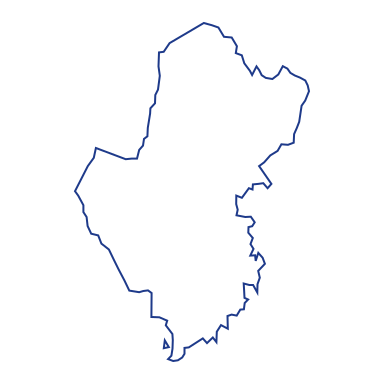 the district of Santo Antônio do Planalto, Rio Grande do Sul, Brazil
{"feature_id": "56859067B7641888126527", "entity_name": "Santo Antônio do Planalto", "entity_type": "district", "adm_level": 2, "iso_a3": "BRA", "parent_name": "Brazil", "parent_adm1": "Rio Grande do Sul", "projection": "equal_earth", "projection_center": [-52.67, -28.37], "detail": "fine", "context": "isolated", "style": "outline", "palette": "blue", "viewbox_px": 384, "rotation_deg": 0, "n_neighbors": 0, "source": "geoboundaries", "source_scale": "gbopen_adm2", "svg_char_len": 1836}
<svg xmlns="http://www.w3.org/2000/svg" viewBox="0 0 384 384"><path d="M75.0,191.2L78.2,195.6L83.4,205.2L83.4,212.1L86.6,217.0L87.6,226.0L91.2,233.7L98.2,235.4L101.4,243.6L108.9,249.5L114.1,260.3L118.5,269.2L124.5,280.6L129.3,290.6L139.2,292.2L143.3,291.0L148.0,290.4L151.6,293.0L151.4,317.0L159.4,317.3L167.2,320.7L165.8,325.3L172.4,334.0L172.8,340.2L172.5,348.7L171.4,355.7L168.1,359.1L173.2,361.0L177.9,360.3L182.2,357.5L184.5,353.8L184.5,347.9L188.8,347.4L202.8,338.4L207.0,343.1L212.8,337.5L216.4,342.1L216.8,331.7L221.0,325.1L227.8,328.7L227.5,316.0L231.6,314.6L236.7,315.6L240.3,309.6L243.9,309.3L244.7,303.0L248.1,299.5L244.5,297.9L244.1,290.1L243.7,283.5L249.3,285.0L253.1,285.0L257.3,292.5L257.5,284.2L259.8,277.7L258.2,270.9L264.9,263.8L262.6,257.7L258.3,252.9L255.7,260.9L255.1,255.3L250.3,255.6L253.5,248.9L250.5,244.1L252.8,238.0L248.3,232.7L248.5,227.1L252.2,226.2L254.7,222.3L250.8,216.7L245.3,217.0L236.5,215.3L237.7,209.7L236.2,204.1L236.3,195.6L241.9,197.8L248.9,188.2L252.5,189.5L252.9,184.4L258.2,183.9L263.3,183.2L267.6,188.2L271.4,183.9L259.1,166.1L264.2,162.3L270.3,155.4L277.6,150.9L281.4,144.3L288.0,144.8L293.7,142.7L294.1,134.1L296.8,128.0L299.2,121.8L301.6,105.7L305.2,100.6L309.0,91.2L307.7,85.4L305.3,80.5L300.0,77.6L294.8,75.5L290.4,72.9L287.4,68.6L282.8,66.2L278.3,74.5L272.4,79.0L265.8,77.9L261.7,75.2L259.2,70.2L256.5,66.4L252.1,75.0L249.9,70.8L244.3,63.3L241.8,55.3L235.8,53.1L236.9,46.2L231.7,37.5L224.0,36.8L218.4,27.5L211.8,25.2L203.8,23.0L169.6,43.1L163.7,51.8L159.0,52.4L158.5,66.4L159.8,75.8L158.0,89.6L155.3,95.0L155.0,103.3L150.4,108.3L150.1,113.6L147.8,127.8L147.4,136.3L144.0,138.9L143.0,145.6L139.2,149.9L137.0,158.6L131.7,158.6L125.7,159.2L95.9,148.0L93.8,157.8L87.8,166.1L75.0,191.2ZM168.8,347.1L164.8,340.4L163.8,348.2L168.8,347.1Z" fill="none" stroke="#1e3a8a" stroke-width="2"/></svg>